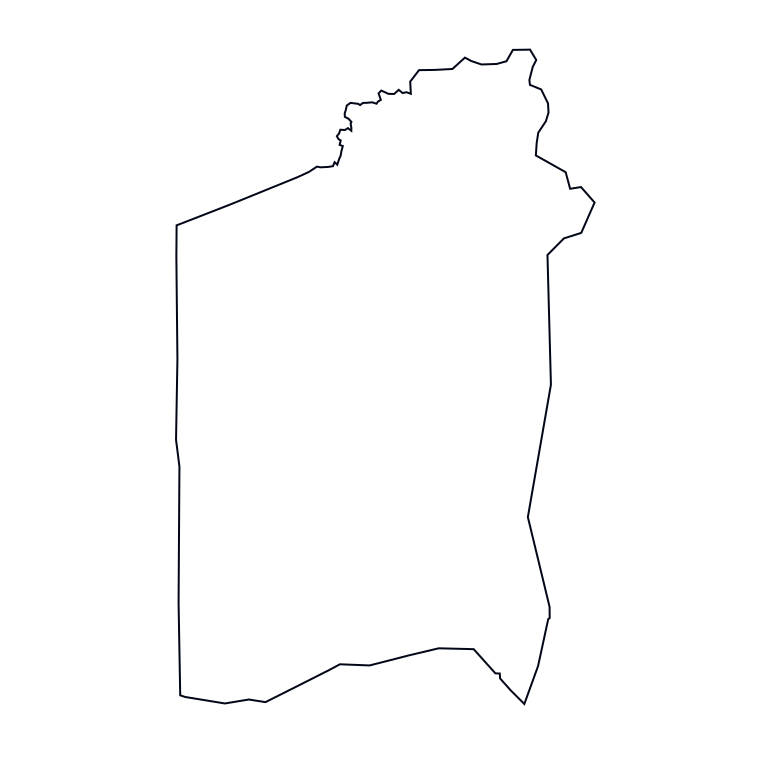 outline of Pano Platres, Limassol, Cyprus, rotated 177°
{"feature_id": "46923920B86921614956899", "entity_name": "Pano Platres", "entity_type": "district", "adm_level": 2, "iso_a3": "CYP", "parent_name": "Cyprus", "parent_adm1": "Limassol", "projection": "mercator", "projection_center": [32.875, 34.909], "detail": "fine", "context": "isolated", "style": "outline", "palette": "ink", "viewbox_px": 768, "rotation_deg": 177, "n_neighbors": 0, "source": "geoboundaries", "source_scale": "gbopen_adm2", "svg_char_len": 1521}
<svg xmlns="http://www.w3.org/2000/svg" viewBox="0 0 768 768"><g transform="rotate(177 384 384)"><path d="M287.9,89.2L283.5,88.8L283.5,83.9L273.4,71.3L260.6,57.1L244.9,94.3L232.3,140.6L230.8,141.6L230.3,152.7L247.3,243.6L217.4,374.3L217.3,376.1L214.0,504.3L196.7,520.0L179.1,524.6L164.2,554.2L177.0,570.4L187.9,569.2L191.5,586.0L209.8,597.6L220.4,604.3L218.9,616.8L216.8,626.9L208.6,637.9L205.5,646.4L205.5,655.6L211.6,669.9L222.6,675.1L222.9,680.0L218.9,692.8L217.6,695.1L216.0,697.8L215.0,699.6L220.7,710.3L224.8,710.4L237.8,710.9L244.8,699.9L254.8,697.7L270.0,698.0L280.0,702.0L286.1,705.7L299.2,695.0L317.1,695.0L332.6,695.6L342.0,684.6L342.0,672.4L346.3,674.2L350.2,673.6L353.9,677.0L358.7,673.1L364.3,673.5L371.4,677.2L374.2,674.5L372.3,667.9L375.3,666.3L376.8,664.3L381.0,665.9L386.7,665.7L390.3,665.8L393.3,663.8L394.3,664.5L395.0,665.1L402.8,666.5L406.6,664.0L407.9,659.4L409.1,656.3L409.1,652.8L405.5,650.7L402.8,647.4L403.7,645.9L403.2,641.4L403.4,638.6L406.6,641.4L409.7,639.7L414.3,640.2L415.7,636.6L418.1,634.0L416.6,630.9L414.5,629.5L415.8,625.1L412.7,623.8L414.4,618.5L415.4,614.1L416.8,611.5L419.2,605.5L421.7,608.1L423.6,604.2L428.3,603.7L436.0,603.7L439.6,604.6L447.9,599.7L459.2,595.2L527.6,571.5L582.8,553.3L584.7,521.9L589.0,419.6L594.6,339.2L592.6,312.2L593.1,304.0L600.6,176.0L603.8,83.8L599.1,81.9L559.6,73.3L535.5,76.0L519.0,72.5L479.6,89.8L456.3,100.1L456.1,100.1L442.7,106.4L413.1,103.7L372.8,111.8L343.2,117.2L308.3,114.5L287.9,89.2Z" fill="none" stroke="#020617" stroke-width="2"/></g></svg>